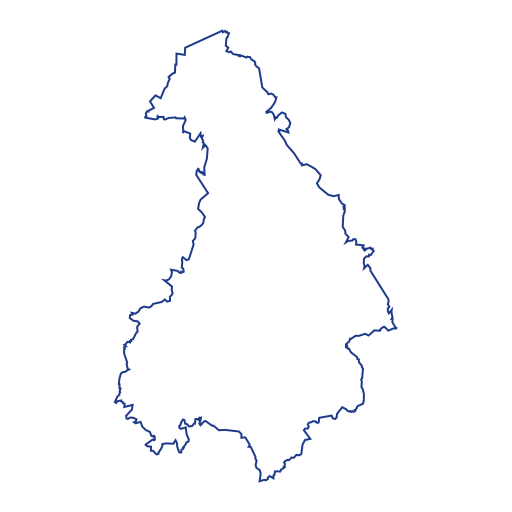 outline of Lagos de Moreno, Jalisco, Mexico
{"feature_id": "50627088B99868081318499", "entity_name": "Lagos de Moreno", "entity_type": "district", "adm_level": 2, "iso_a3": "MEX", "parent_name": "Mexico", "parent_adm1": "Jalisco", "projection": "equal_earth", "projection_center": [-101.918, 21.533], "detail": "fine", "context": "isolated", "style": "outline", "palette": "blue", "viewbox_px": 512, "rotation_deg": 0, "n_neighbors": 0, "source": "geoboundaries", "source_scale": "gbopen_adm2", "svg_char_len": 6077}
<svg xmlns="http://www.w3.org/2000/svg" viewBox="0 0 512 512"><path d="M145.3,117.7L155.1,119.4L158.0,118.5L157.4,116.5L157.8,116.0L158.6,117.0L163.5,116.9L163.9,119.3L165.3,119.4L168.5,118.0L175.6,117.4L176.1,118.3L183.8,118.5L184.6,117.3L185.7,120.1L182.9,126.2L183.3,130.8L182.8,132.9L184.1,131.2L190.2,133.6L189.9,138.0L190.9,140.0L194.8,141.7L200.5,133.3L200.9,136.6L202.7,135.9L201.9,138.4L203.2,140.7L202.7,142.2L203.9,143.3L202.9,147.7L205.4,145.1L207.7,148.3L206.9,158.5L204.2,167.6L204.7,174.8L203.3,174.4L203.2,172.8L201.9,172.9L201.8,171.9L200.4,171.7L200.4,172.3L199.1,171.3L198.8,169.3L198.1,168.8L196.7,171.1L196.2,174.8L208.1,193.2L200.7,199.5L199.1,202.9L198.1,208.8L202.0,212.6L205.0,217.1L203.9,219.0L203.4,222.5L202.1,224.6L199.4,226.9L197.6,227.3L195.0,230.8L195.7,233.0L195.3,238.2L192.9,240.9L193.6,244.6L188.8,259.3L186.5,260.1L182.8,257.2L181.9,259.1L182.3,262.2L181.8,267.6L183.2,268.7L183.7,271.7L182.0,272.5L181.2,271.8L180.9,272.8L179.7,272.9L177.6,270.9L171.0,269.7L172.0,272.2L171.1,276.3L168.9,279.4L166.1,280.6L164.4,280.3L172.0,286.6L171.7,289.9L172.6,293.0L172.1,294.5L169.9,296.8L170.1,300.8L167.2,301.6L164.8,299.5L161.7,302.0L153.1,303.9L151.5,306.2L149.1,307.6L143.9,306.6L140.4,308.3L138.3,311.7L135.4,313.7L131.7,312.8L132.4,314.6L130.0,315.2L129.8,318.0L133.6,320.9L137.6,321.3L139.6,323.6L137.2,326.7L137.5,331.9L136.3,332.8L133.0,339.2L131.0,339.9L131.1,341.0L129.9,341.0L130.0,342.4L127.4,341.8L125.7,344.2L124.3,344.8L126.0,346.4L124.5,346.8L123.9,347.8L124.9,348.7L124.0,350.4L124.2,353.7L127.2,362.5L126.6,363.5L127.7,369.0L128.9,369.4L124.9,371.9L122.3,372.3L120.8,373.7L119.4,378.8L118.8,384.0L119.5,384.1L119.5,388.1L120.6,388.4L119.6,391.2L120.2,392.2L119.4,393.3L119.4,394.9L117.3,396.6L114.9,402.1L116.1,403.0L117.1,401.3L121.2,400.5L121.1,401.3L122.8,402.2L123.0,403.1L124.6,403.7L124.3,407.0L132.6,404.9L131.9,409.5L126.1,415.9L126.5,418.5L128.0,418.9L129.9,417.6L133.0,417.7L136.5,419.3L135.9,421.5L134.1,422.2L135.6,423.3L140.5,421.9L142.5,426.9L145.9,430.1L149.9,431.9L151.2,435.6L152.4,436.3L153.8,435.7L154.8,437.0L154.3,437.7L154.9,439.3L154.3,440.2L152.6,439.6L145.6,444.6L145.9,445.1L147.8,446.4L151.0,446.6L150.9,450.8L153.0,450.8L156.4,454.3L157.3,454.3L158.5,453.8L158.5,452.6L161.0,448.9L162.4,445.8L162.3,444.1L166.1,443.4L173.4,443.7L175.5,440.2L176.8,442.7L177.3,446.9L179.2,452.3L181.2,452.5L181.5,449.6L183.1,448.9L183.8,447.6L183.2,447.3L185.5,444.6L186.3,442.5L188.3,441.7L188.9,439.6L186.7,434.7L185.7,427.4L181.0,428.8L179.6,428.1L179.1,426.2L180.5,425.0L181.0,422.7L182.9,419.5L184.3,420.0L185.2,423.7L187.2,424.2L188.9,426.4L192.0,426.1L194.3,423.3L195.0,423.5L195.4,419.1L199.5,419.0L199.2,417.0L200.1,418.2L200.9,417.8L200.7,419.5L198.1,419.6L200.2,420.7L199.4,423.3L200.0,424.6L201.4,423.6L201.4,424.4L203.7,421.7L205.4,420.9L212.4,425.9L213.5,425.6L218.8,430.2L225.2,429.9L238.9,431.5L241.4,434.1L241.4,437.8L245.7,437.2L245.3,437.4L249.8,444.8L248.6,446.7L250.8,447.0L255.3,456.4L255.6,459.3L256.6,460.5L255.6,465.3L256.5,467.9L259.8,470.2L260.7,473.8L259.6,481.3L264.2,479.8L265.8,480.3L267.9,479.0L267.9,477.6L269.6,476.0L273.4,478.3L273.5,475.3L274.4,475.0L275.1,471.3L280.3,471.5L281.0,469.7L283.7,468.0L283.7,467.0L284.7,467.1L284.8,463.7L284.0,462.4L284.8,461.4L287.3,459.9L288.9,460.2L291.6,457.5L293.8,457.8L296.5,454.8L298.9,455.4L301.3,454.1L302.5,444.7L305.0,440.0L310.3,438.9L303.9,430.2L305.0,428.7L308.0,428.4L308.8,426.4L307.8,424.9L307.9,423.9L309.3,422.5L311.4,422.3L312.7,421.2L315.9,421.5L316.1,422.3L317.9,422.9L318.7,422.4L319.2,417.8L331.6,415.6L332.7,418.3L335.1,419.0L336.6,417.5L337.1,413.7L342.3,407.2L346.4,409.4L347.3,410.8L349.4,411.6L350.2,411.0L351.5,411.9L352.3,411.1L353.6,411.9L355.2,410.9L354.9,410.0L355.6,410.0L357.7,406.0L362.9,403.8L363.8,400.8L363.9,394.1L362.9,389.5L361.5,387.1L361.8,381.7L361.2,379.3L362.1,378.3L363.0,368.6L361.9,367.3L361.8,365.7L358.9,362.1L358.8,359.3L357.4,359.0L357.0,357.0L350.8,352.2L349.0,348.7L347.6,348.5L347.2,346.6L346.6,347.6L345.9,347.1L346.0,344.3L349.3,341.3L350.0,338.7L350.8,339.0L355.6,335.8L359.1,335.8L365.1,333.8L368.6,335.5L374.3,330.4L380.0,330.7L380.3,329.4L383.0,327.1L384.6,326.9L388.3,330.6L393.2,328.5L397.1,328.4L395.7,327.7L392.4,322.3L392.6,319.3L391.5,319.1L392.5,317.4L391.4,312.2L391.7,309.9L388.9,313.3L387.9,311.3L387.8,308.4L389.4,306.9L387.8,304.2L388.6,301.8L388.3,299.1L370.4,270.7L370.4,268.3L367.8,264.8L364.1,268.3L364.6,266.0L363.7,262.8L364.0,258.8L366.2,256.4L369.0,256.4L369.1,254.7L370.8,255.0L373.7,250.9L372.6,249.9L372.7,248.7L371.1,249.1L370.5,247.6L366.9,248.7L364.7,250.5L363.9,249.6L364.8,248.5L362.8,248.1L362.4,247.3L363.6,245.4L356.0,244.5L356.3,241.2L355.3,239.1L353.1,239.3L352.3,240.6L348.2,240.9L345.9,242.4L348.6,237.1L345.4,233.6L345.2,230.6L342.7,226.9L343.3,215.4L344.8,211.5L344.7,209.5L343.8,209.3L343.6,207.1L344.7,207.6L344.6,205.0L342.1,203.7L338.9,199.2L338.7,195.0L333.6,196.2L328.3,194.8L319.2,187.3L316.9,183.2L319.5,179.4L320.7,175.2L315.5,169.2L311.8,166.9L306.7,164.2L302.1,165.4L301.9,163.5L300.8,163.7L294.0,153.2L286.9,145.1L284.9,140.8L278.4,131.3L278.9,129.6L279.8,130.6L280.5,130.0L288.5,132.5L288.1,130.8L286.5,129.1L289.1,127.2L290.3,122.9L288.6,119.6L286.1,117.4L285.3,113.8L281.9,112.5L278.1,115.5L276.9,117.8L275.9,117.3L274.8,119.3L273.7,114.6L272.1,112.3L270.7,111.6L266.6,112.9L266.3,111.9L271.0,108.0L273.8,104.0L275.3,101.3L276.4,97.3L275.1,97.1L273.3,94.6L271.4,93.6L268.2,94.2L267.6,92.4L262.3,87.5L259.1,68.4L256.1,66.0L255.0,64.3L255.3,63.0L254.6,61.4L251.2,59.3L250.0,57.1L247.3,56.7L246.5,57.5L240.9,55.5L240.2,56.2L239.7,55.2L238.6,55.8L238.4,55.0L233.2,54.1L230.8,51.5L229.3,52.2L226.4,51.1L228.3,47.7L225.8,45.7L226.5,38.0L227.3,37.4L229.0,33.2L227.4,32.9L226.9,31.7L225.7,32.2L225.1,31.0L222.8,32.2L222.3,30.7L185.2,47.7L184.8,54.9L176.5,53.6L176.4,64.7L175.3,64.6L174.9,72.7L173.0,73.3L168.6,76.9L169.7,78.8L167.8,83.1L167.3,86.1L164.6,88.7L160.7,98.2L155.5,95.4L150.0,101.3L154.0,107.9L148.3,110.8L148.3,111.6L146.8,111.5L145.9,113.6L146.4,116.4L145.3,116.7L145.3,117.7Z" fill="none" stroke="#1e3a8a" stroke-width="2"/></svg>